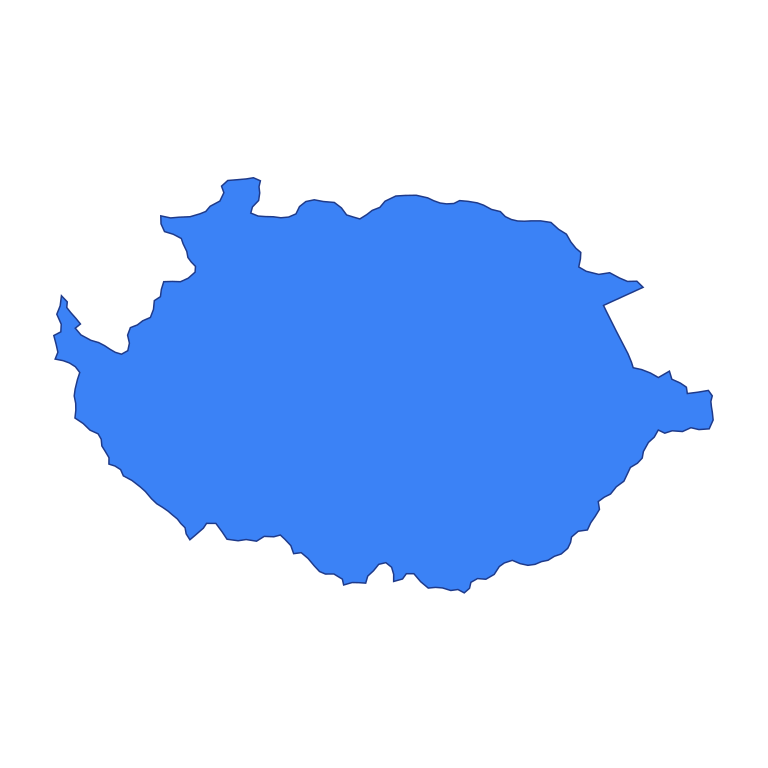 the district of São Bonifácio, Santa Catarina, Brazil, rotated 267°
{"feature_id": "56859067B25915712564646", "entity_name": "São Bonifácio", "entity_type": "district", "adm_level": 2, "iso_a3": "BRA", "parent_name": "Brazil", "parent_adm1": "Santa Catarina", "projection": "robinson", "projection_center": [-48.935, -27.959], "detail": "fine", "context": "isolated", "style": "filled", "palette": "blue", "viewbox_px": 768, "rotation_deg": 267, "n_neighbors": 0, "source": "geoboundaries", "source_scale": "gbopen_adm2", "svg_char_len": 3283}
<svg xmlns="http://www.w3.org/2000/svg" viewBox="0 0 768 768"><g transform="rotate(267 384 384)"><path d="M238.6,182.0L242.7,187.4L249.5,196.1L254.1,199.5L253.6,208.8L244.8,214.6L237.2,219.1L235.1,230.1L235.9,238.2L233.7,248.5L238.1,256.4L237.2,266.0L238.6,272.6L234.0,277.0L227.5,282.5L219.3,284.9L219.9,292.5L213.8,299.0L206.1,304.8L200.1,309.8L197.3,315.5L196.9,324.0L191.3,332.2L185.4,333.2L187.4,341.8L186.9,348.7L186.1,355.3L193.0,357.7L198.0,363.7L204.2,369.3L205.5,376.5L200.6,382.0L193.4,383.7L186.3,383.3L188.3,392.3L193.4,396.4L193.0,403.9L184.6,410.3L177.9,417.5L178.2,424.8L177.3,431.7L174.3,439.9L174.9,447.1L171.2,453.2L175.5,458.7L181.4,460.4L184.8,467.2L183.7,475.5L188.1,484.1L195.7,489.6L199.0,494.8L201.2,502.9L197.5,510.5L195.4,518.2L196.0,525.4L198.4,532.0L199.4,538.6L203.0,545.1L205.0,552.1L210.3,558.9L216.0,562.0L221.4,563.3L226.8,570.3L227.6,579.5L234.6,583.2L240.8,588.0L247.5,592.6L255.4,591.8L259.5,598.1L262.3,604.5L269.2,610.6L274.4,618.5L282.0,622.6L287.8,625.7L291.6,632.9L296.5,638.0L303.0,639.5L311.8,645.0L316.8,651.1L323.7,655.5L320.2,661.8L322.2,669.3L320.9,679.6L324.3,688.2L322.0,696.1L322.2,706.4L330.8,710.8L338.6,710.4L344.0,709.8L349.5,709.5L355.0,711.2L360.6,707.6L359.4,697.1L358.6,686.4L365.0,685.8L369.4,680.0L373.7,671.7L381.9,669.7L376.1,658.3L381.0,650.7L384.9,642.1L387.2,633.7L392.7,632.3L401.5,629.2L424.9,618.6L444.8,609.9L451.0,607.3L467.0,647.8L473.4,641.9L473.7,632.5L477.6,624.6L483.3,615.2L482.2,604.2L486.0,591.8L490.7,584.6L498.6,586.7L505.1,587.4L509.4,582.8L516.1,578.0L524.1,574.0L529.3,566.5L536.6,559.2L538.7,549.0L539.2,539.7L539.2,532.8L539.8,526.0L541.6,519.8L544.8,513.9L550.1,509.2L552.7,500.5L557.4,492.8L560.0,486.6L562.0,477.5L563.2,469.1L560.6,463.2L560.6,456.0L561.8,449.5L564.4,443.3L567.6,437.4L570.8,426.1L571.2,414.6L571.1,405.6L566.5,394.6L560.6,389.1L558.0,381.3L554.1,375.7L550.1,368.5L552.2,362.5L554.8,355.5L562.1,350.7L567.9,343.9L569.4,333.0L571.6,324.0L570.3,315.5L565.6,308.9L558.5,305.0L555.7,297.5L555.4,289.7L556.8,282.2L557.4,274.3L558.3,267.1L561.7,259.9L567.7,261.9L573.8,268.4L581.3,269.9L587.5,269.5L593.4,271.2L596.8,264.4L596.0,257.1L595.7,248.5L595.4,238.6L590.1,232.1L583.4,234.1L575.3,229.7L570.6,219.7L565.6,215.0L563.6,209.1L561.2,199.1L561.3,187.8L561.0,179.6L563.6,169.9L555.6,169.7L547.7,172.8L544.6,181.3L539.9,189.2L534.6,190.7L526.7,194.0L520.6,194.8L515.9,197.9L511.3,201.9L505.6,201.2L499.9,194.0L496.8,186.1L497.5,178.0L497.7,169.4L490.1,166.6L482.9,165.3L479.3,159.0L470.6,157.7L462.7,154.2L459.8,146.4L455.9,140.8L453.6,133.7L446.2,130.5L438.1,131.9L430.7,129.9L427.5,123.4L429.7,117.3L433.1,112.1L436.9,107.0L440.2,101.4L443.0,93.5L448.9,83.9L455.9,78.6L459.8,84.0L465.6,79.8L472.0,74.7L477.0,71.2L482.6,72.0L489.0,66.5L479.0,64.7L470.8,60.9L460.6,64.8L453.0,64.0L449.7,56.8L441.0,58.6L432.8,60.0L426.1,56.9L424.1,64.8L421.5,70.9L417.4,76.7L411.4,80.8L404.5,78.1L395.1,75.3L388.3,74.0L380.8,75.1L374.1,74.9L366.2,73.6L360.3,81.5L353.3,88.0L349.2,95.9L343.6,98.7L336.9,99.0L331.3,102.1L324.8,105.5L318.4,105.1L316.2,111.0L312.3,116.5L305.9,118.9L300.9,127.2L293.9,135.3L289.1,140.1L281.6,145.8L276.3,150.8L272.5,156.3L268.5,161.5L264.3,165.9L260.0,170.6L255.3,173.8L250.9,177.8L244.7,178.6L238.6,182.0Z" fill="#3b82f6" stroke="#1e3a8a" stroke-width="1.5"/></g></svg>